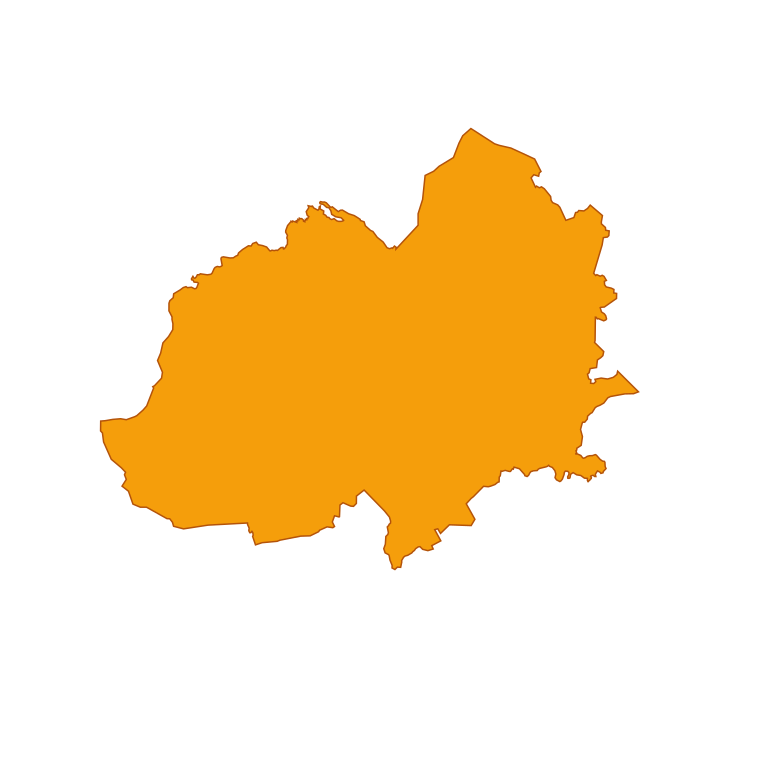 Pildas pag., Ludzas, Latvia, rotated 56°
{"feature_id": "27541924B23145226159643", "entity_name": "Pildas pag.", "entity_type": "district", "adm_level": 2, "iso_a3": "LVA", "parent_name": "Latvia", "parent_adm1": "Ludzas", "projection": "albers", "projection_center": [27.751, 56.365], "detail": "fine", "context": "isolated", "style": "filled", "palette": "amber", "viewbox_px": 768, "rotation_deg": 56, "n_neighbors": 0, "source": "geoboundaries", "source_scale": "gbopen_adm2", "svg_char_len": 6170}
<svg xmlns="http://www.w3.org/2000/svg" viewBox="0 0 768 768"><g transform="rotate(56 384 384)"><path d="M532.8,177.4L504.0,183.1L506.3,185.6L506.7,190.2L504.9,195.8L500.5,200.7L498.1,206.5L500.5,207.1L500.9,209.8L498.9,212.3L496.2,210.1L494.2,211.4L489.6,209.8L489.4,207.7L486.5,204.5L489.2,198.6L483.4,193.6L483.4,189.7L482.9,186.7L480.0,183.7L467.3,186.2L466.0,184.7L446.8,171.4L447.5,170.7L449.3,170.8L449.7,169.7L454.5,166.5L454.9,164.3L454.5,163.1L451.4,162.0L449.0,162.1L445.9,163.4L441.6,162.1L441.7,161.3L443.4,158.3L443.1,143.4L439.0,140.5L437.0,142.6L434.2,140.5L431.7,141.9L427.8,145.5L425.1,145.6L422.1,143.9L422.5,141.7L417.8,141.4L415.9,142.3L415.5,144.5L412.4,146.4L412.5,147.8L409.5,148.3L390.7,125.4L385.3,120.3L387.1,116.6L386.7,114.6L383.0,111.7L380.5,114.2L378.0,112.9L372.9,114.2L371.3,113.3L366.5,108.7L351.0,113.0L352.3,117.1L352.3,121.5L349.1,125.5L349.8,127.5L349.0,129.3L352.2,133.5L350.0,141.7L335.9,139.4L332.7,139.8L327.9,142.8L325.1,142.7L321.7,141.0L311.8,141.9L308.6,143.2L308.2,145.5L305.2,146.9L305.6,148.4L295.4,146.8L294.3,142.8L298.2,139.6L295.8,137.2L295.6,135.0L281.7,133.3L259.4,146.8L250.5,155.1L246.7,158.0L220.8,169.1L222.2,179.9L226.2,187.1L235.1,199.8L234.3,216.5L235.4,223.9L234.1,233.3L252.6,248.8L261.9,260.5L271.5,267.0L278.9,298.7L277.3,297.5L275.5,298.2L276.3,301.0L275.6,301.3L274.9,303.8L272.7,305.3L265.9,305.3L258.6,307.6L251.4,307.9L249.1,309.3L242.4,311.0L238.4,309.8L235.3,312.1L234.2,311.7L231.9,312.6L227.7,314.5L223.1,318.1L216.6,321.2L215.6,322.9L215.5,325.5L208.2,327.8L208.0,328.8L207.4,329.5L201.5,330.5L199.9,331.5L198.9,333.1L197.3,334.6L197.4,335.4L197.9,336.0L199.0,336.1L201.1,333.9L205.5,332.8L207.1,331.1L210.7,331.2L214.1,332.5L218.4,330.5L222.2,326.6L226.3,325.8L225.7,326.3L225.7,327.4L225.2,328.6L223.7,330.8L222.3,331.9L219.0,332.9L218.4,335.4L216.8,336.4L215.2,336.5L213.9,337.9L211.5,338.0L209.2,339.2L206.9,337.2L203.1,339.1L200.9,337.3L200.8,338.4L202.6,340.2L203.0,341.6L198.8,343.8L196.5,343.8L196.2,344.3L196.4,344.7L193.8,347.2L195.8,347.8L197.6,352.1L201.0,353.3L203.3,352.8L203.5,353.7L204.2,354.6L203.6,355.5L204.6,356.1L203.6,357.1L204.4,357.5L204.5,358.5L205.2,358.9L204.1,359.7L203.2,359.1L200.9,359.7L200.0,361.1L199.3,361.4L199.9,361.8L199.7,362.6L200.1,362.8L199.4,363.2L199.9,363.5L199.6,363.8L199.9,364.7L199.6,365.7L199.8,366.1L200.6,365.6L200.4,366.1L201.0,366.2L197.8,368.6L198.2,369.2L197.3,369.9L197.7,370.0L197.3,370.3L198.7,375.3L201.8,379.6L203.1,380.6L206.7,380.9L208.6,382.9L210.4,383.3L214.3,386.1L214.5,387.4L215.8,389.4L215.8,390.6L216.1,391.3L215.8,391.8L214.3,391.3L213.3,393.1L213.7,397.7L212.8,398.5L212.0,400.5L210.4,402.1L210.3,403.5L209.7,404.2L204.8,404.7L201.4,407.2L198.3,410.3L195.0,410.6L194.1,414.3L195.3,417.0L193.6,419.1L193.4,426.1L194.0,431.3L195.5,433.3L195.1,435.4L195.1,438.4L193.4,441.2L188.8,446.0L188.2,447.6L188.3,448.3L189.1,449.2L195.3,451.9L195.4,453.1L195.0,454.8L193.3,456.5L192.9,458.7L193.3,460.2L196.0,464.6L196.2,466.2L194.7,469.4L189.9,474.7L190.1,475.9L189.1,477.6L190.3,480.0L190.6,481.7L189.8,482.3L187.9,482.2L189.2,484.9L190.1,485.2L191.2,484.2L193.3,484.5L195.5,481.8L196.7,481.5L199.2,485.1L199.7,486.4L199.1,487.8L196.1,489.5L194.2,493.1L192.6,493.7L191.8,496.5L192.0,500.5L191.6,507.9L194.6,510.5L195.2,515.0L196.8,517.1L203.1,521.4L209.8,522.2L212.0,523.7L216.0,525.3L220.8,528.7L224.2,536.1L226.3,544.3L233.5,551.9L237.9,558.6L250.4,561.1L254.8,565.2L257.1,575.3L256.9,577.2L258.5,577.2L269.5,593.0L270.9,598.4L272.0,606.6L271.7,609.0L269.5,617.6L265.5,621.8L261.7,628.6L258.5,635.7L256.3,639.6L264.4,645.2L267.1,644.8L275.3,648.9L293.9,652.2L306.6,648.6L312.6,647.6L314.1,649.9L319.0,651.0L322.2,658.3L330.0,655.8L343.2,659.3L349.9,654.9L353.3,649.8L374.3,639.2L375.9,637.0L380.3,636.7L384.3,638.0L392.0,631.2L402.6,608.8L422.9,574.9L424.2,575.7L428.1,576.4L429.7,577.9L430.8,578.3L432.3,578.4L432.8,577.5L432.3,575.9L433.9,575.9L436.2,577.0L436.8,578.1L445.5,580.5L447.4,573.8L454.7,560.5L455.3,557.6L463.5,538.2L468.6,530.1L469.9,520.8L469.2,519.2L470.6,511.1L474.5,506.8L474.5,504.7L469.5,504.0L465.6,498.7L469.1,495.6L469.1,495.1L459.7,488.2L459.5,484.4L466.6,479.9L468.4,477.7L467.6,473.7L461.5,469.5L460.8,459.8L489.4,454.6L497.3,453.9L501.4,455.2L503.0,456.4L503.2,458.3L503.9,459.2L504.3,461.2L509.7,463.5L510.9,465.0L511.4,467.7L517.6,472.5L520.4,476.3L524.6,477.5L528.1,475.6L529.2,475.7L533.3,477.5L538.9,478.7L541.0,480.2L543.9,478.7L543.3,475.3L545.3,472.7L541.5,468.8L540.3,468.2L538.6,464.7L538.4,462.7L539.3,460.1L539.6,455.4L539.1,453.9L539.0,451.8L538.2,449.9L538.2,446.6L539.0,445.1L542.7,444.4L546.7,440.8L548.3,435.5L544.7,434.8L545.8,424.6L533.1,423.4L534.1,420.4L539.5,420.7L537.3,408.5L550.1,390.9L547.0,384.3L529.3,382.8L527.6,375.8L527.4,372.9L524.5,358.7L527.5,355.0L528.3,352.8L529.4,348.2L529.1,344.7L529.5,343.3L525.6,340.5L525.1,338.9L521.6,335.7L522.4,334.9L523.4,331.8L526.6,329.0L527.2,328.0L526.1,324.9L526.9,324.4L525.6,322.7L530.0,319.1L537.6,318.1L538.8,318.5L540.7,317.1L540.6,315.3L539.2,312.7L538.8,311.3L539.5,308.7L541.4,305.4L540.9,303.8L541.0,302.2L543.3,296.0L543.6,294.6L543.5,292.9L544.8,292.8L547.3,291.1L551.4,290.8L554.8,291.9L557.3,294.6L559.9,294.6L563.2,292.8L563.3,291.5L562.6,289.3L559.8,285.4L558.2,284.0L557.6,282.4L559.1,280.5L560.7,280.2L562.2,281.1L563.7,283.7L564.9,284.3L565.7,283.4L565.8,282.3L563.2,279.7L563.2,276.8L567.1,275.0L569.9,272.0L574.1,270.5L576.0,268.1L577.5,269.2L579.0,269.5L579.2,269.1L578.8,268.4L578.8,267.1L578.3,266.4L578.3,265.1L577.4,264.3L576.2,264.4L575.9,263.7L576.5,261.8L578.6,261.0L579.2,260.1L577.0,259.3L575.4,255.6L578.0,254.2L579.4,254.2L580.1,252.1L579.2,251.1L578.3,247.2L576.1,246.8L572.4,244.6L571.3,244.6L570.2,245.9L567.3,247.0L561.7,247.7L560.7,248.3L559.9,251.3L558.4,253.7L557.6,256.0L557.6,258.3L557.2,260.0L556.2,260.6L553.3,260.8L549.9,262.9L549.5,264.0L549.0,263.9L548.7,262.7L546.7,262.2L546.5,261.1L545.1,260.1L545.1,254.8L538.6,248.9L531.6,246.5L527.3,241.6L526.8,240.7L527.9,238.9L526.8,235.1L524.5,233.2L523.9,229.1L524.1,227.5L521.7,222.1L521.7,220.0L522.4,216.7L522.7,212.4L520.6,206.2L521.0,203.3L526.9,189.8L531.6,182.5L532.8,177.4Z" fill="#f59e0b" stroke="#b45309" stroke-width="1.5"/></g></svg>